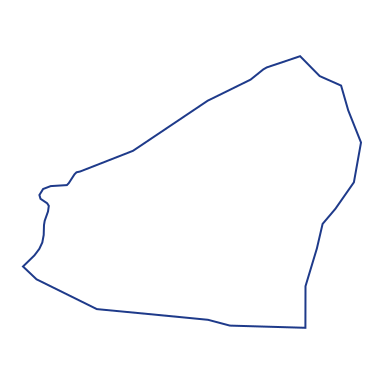 an SVG outline of Zinguldak
{"feature_id": "TUR-3010", "entity_name": "Zinguldak", "entity_type": "Province", "adm_level": 1, "iso_a3": "TUR", "parent_name": "Turkey", "parent_adm1": "", "projection": "mercator", "projection_center": [31.729, 41.309], "detail": "fine", "context": "isolated", "style": "outline", "palette": "blue", "viewbox_px": 384, "rotation_deg": 0, "n_neighbors": 0, "source": "natural_earth", "source_scale": "10m", "svg_char_len": 591}
<svg xmlns="http://www.w3.org/2000/svg" viewBox="0 0 384 384"><path d="M23.0,266.5L34.4,255.4L39.3,248.9L42.3,242.5L43.7,235.0L44.0,225.0L44.7,220.8L48.0,211.5L48.8,205.9L47.2,203.3L40.5,198.8L39.4,195.0L43.1,189.0L50.7,186.1L66.9,185.1L68.8,183.1L74.5,174.3L76.5,172.3L80.1,171.5L133.0,150.8L207.7,100.7L250.6,79.6L263.3,69.4L266.8,67.4L300.1,56.2L319.7,76.1L341.1,85.6L348.2,110.3L361.0,142.5L353.9,182.3L335.4,208.8L322.6,223.9L316.9,248.4L305.5,286.2L305.4,327.8L229.9,325.6L208.0,319.8L182.3,317.3L96.8,309.1L36.5,279.3L23.0,266.5Z" fill="none" stroke="#1e3a8a" stroke-width="2"/></svg>